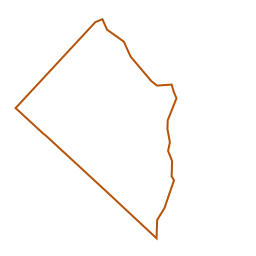 the district of Fountain, Indiana, United States of America, rotated 133°
{"feature_id": "52423323B15325953487278", "entity_name": "Fountain", "entity_type": "district", "adm_level": 2, "iso_a3": "USA", "parent_name": "United States of America", "parent_adm1": "Indiana", "projection": "orthographic", "projection_center": [-87.288, 40.16], "detail": "fine", "context": "isolated", "style": "outline", "palette": "amber", "viewbox_px": 256, "rotation_deg": 133, "n_neighbors": 0, "source": "geoboundaries", "source_scale": "gbopen_adm2", "svg_char_len": 458}
<svg xmlns="http://www.w3.org/2000/svg" viewBox="0 0 256 256"><g transform="rotate(133 128 128)"><path d="M189.2,102.3L189.2,31.9L175.3,44.0L161.7,46.7L134.9,58.7L133.5,63.2L122.1,73.2L117.4,83.1L109.9,87.6L101.8,98.5L95.3,104.2L73.2,112.8L70.3,119.3L66.5,125.7L77.2,135.7L77.8,142.9L74.0,174.8L67.7,189.9L70.4,210.4L65.9,220.9L72.9,224.1L109.1,224.0L190.1,223.8L189.9,186.0L189.6,183.9L189.2,102.3Z" fill="none" stroke="#b45309" stroke-width="2"/></g></svg>